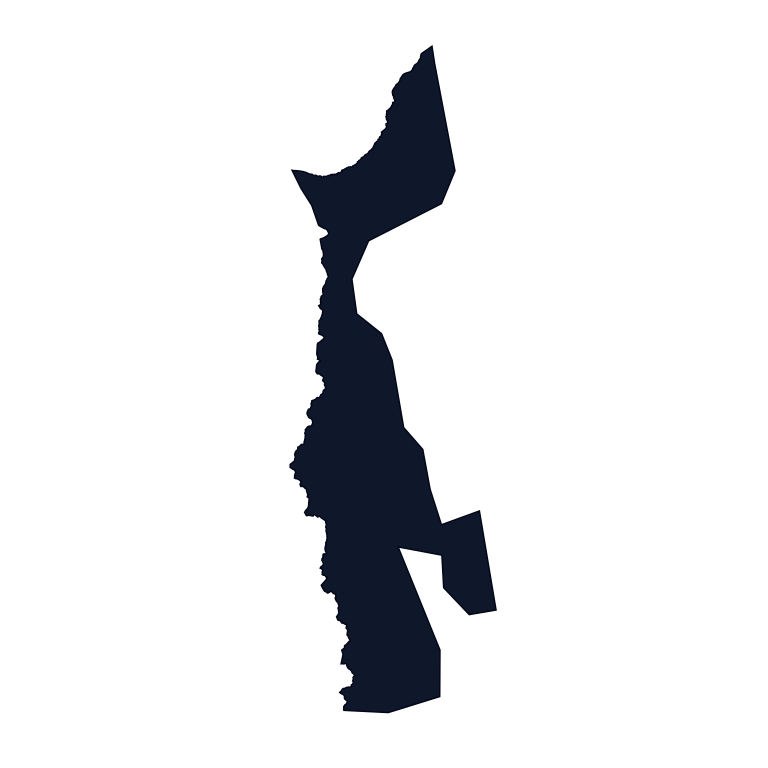 the district of Tup, Ysyk-Köl, Kyrgyzstan, rotated 260°
{"feature_id": "92254566B37451543675332", "entity_name": "Tup", "entity_type": "district", "adm_level": 2, "iso_a3": "KGZ", "parent_name": "Kyrgyzstan", "parent_adm1": "Ysyk-Köl", "projection": "orthographic", "projection_center": [78.601, 42.71], "detail": "fine", "context": "isolated", "style": "filled", "palette": "ink", "viewbox_px": 768, "rotation_deg": 260, "n_neighbors": 0, "source": "geoboundaries", "source_scale": "gbopen_adm2", "svg_char_len": 6114}
<svg xmlns="http://www.w3.org/2000/svg" viewBox="0 0 768 768"><g transform="rotate(260 384 384)"><path d="M708.3,489.9L702.8,478.2L700.7,477.1L698.6,476.6L697.2,475.1L694.3,473.0L692.7,469.5L691.9,468.8L690.8,468.3L690.0,467.2L688.5,466.6L686.9,464.3L686.4,459.7L685.9,457.6L685.2,456.3L681.6,452.9L680.4,452.5L679.1,451.6L677.7,450.1L676.6,447.9L674.4,446.3L673.7,445.3L672.1,443.9L670.4,442.9L667.7,442.8L666.5,442.9L665.8,443.4L664.2,443.3L660.8,444.0L660.0,443.4L659.7,442.2L659.7,441.4L658.4,441.3L654.7,438.3L653.8,436.7L653.1,436.0L652.7,434.6L652.2,434.0L650.9,433.9L649.0,433.2L648.4,433.5L647.8,433.2L647.2,432.4L646.7,432.4L646.3,432.6L644.1,432.4L643.5,432.6L642.9,433.2L641.8,433.0L640.9,433.2L640.0,432.4L640.0,431.3L638.3,430.9L637.6,431.3L636.1,430.9L634.9,429.6L632.4,425.2L631.2,425.3L630.2,424.9L629.7,425.4L629.4,425.4L629.0,424.2L628.3,424.0L628.1,422.8L626.1,421.5L625.9,420.6L625.0,420.6L624.4,420.0L624.2,419.1L623.2,418.1L623.0,417.3L622.3,416.6L621.7,416.7L621.0,415.7L620.2,415.5L619.3,414.5L618.1,414.0L617.4,412.5L616.4,411.5L616.2,410.5L615.4,409.5L614.1,408.4L613.3,407.3L613.3,406.4L612.8,405.0L611.3,403.5L610.8,401.2L609.7,400.5L608.7,399.2L608.4,398.1L607.6,397.5L607.4,396.5L606.1,396.1L604.8,393.4L604.2,391.2L603.6,390.8L603.3,389.3L603.7,388.7L603.3,387.8L603.9,387.0L603.4,386.5L603.6,385.7L603.4,385.3L603.3,384.7L602.8,384.0L602.6,382.7L602.0,381.7L601.9,380.1L601.6,379.5L600.2,379.1L599.9,377.7L599.4,376.7L600.0,376.1L599.9,375.5L599.2,374.6L599.2,373.7L598.8,373.0L598.8,372.3L599.2,371.9L598.6,371.1L598.6,370.6L599.2,370.5L599.4,370.1L599.0,369.7L599.1,368.9L599.5,368.5L599.5,368.0L598.9,367.5L599.0,365.1L598.5,364.9L598.6,362.0L599.0,360.8L598.5,360.1L598.4,358.4L599.3,358.4L600.1,356.9L599.8,356.1L600.5,354.1L601.1,353.6L601.5,352.5L601.6,350.7L603.0,349.6L603.7,347.0L605.7,344.3L607.4,340.8L608.6,337.2L609.4,334.5L609.7,332.6L610.4,330.6L590.9,336.3L572.3,343.9L551.5,347.2L547.6,352.1L546.4,354.4L542.1,355.9L540.2,354.5L538.4,350.1L537.8,346.5L537.6,346.3L527.6,346.3L526.8,347.0L522.5,347.0L520.4,346.5L519.2,345.8L518.3,344.5L517.4,344.3L515.8,344.4L514.5,343.8L513.6,343.9L512.6,344.7L510.9,345.1L506.8,346.9L505.3,346.9L502.9,347.5L501.3,347.4L499.3,348.1L497.8,346.5L496.4,345.7L495.3,344.7L494.4,344.6L492.9,343.9L490.6,341.6L488.5,340.2L485.5,339.7L482.6,339.8L481.2,337.4L479.0,336.5L478.5,335.9L477.2,336.2L475.2,335.6L474.0,335.8L472.9,334.8L472.5,333.3L469.5,334.5L467.5,336.3L466.8,336.6L463.8,335.5L460.9,334.0L458.3,332.2L457.5,331.0L454.7,330.7L452.4,329.8L450.8,329.9L448.6,329.4L447.3,329.7L445.8,328.5L445.2,328.4L444.4,328.8L442.9,331.4L441.7,332.5L439.8,333.5L436.8,328.6L436.1,327.1L435.7,325.9L434.7,325.3L426.1,323.2L424.4,323.0L423.5,323.3L421.1,323.4L420.1,322.8L418.2,325.4L417.9,325.4L416.6,323.0L414.8,321.1L408.0,319.1L405.9,319.9L405.5,320.3L405.4,322.1L403.8,323.2L401.7,325.6L400.7,325.6L397.9,324.2L396.8,325.3L396.1,325.5L394.8,325.7L393.4,325.2L391.6,325.8L389.2,325.5L388.2,323.2L385.3,322.1L384.3,319.8L382.6,318.8L381.9,317.9L381.8,317.2L382.2,316.3L382.2,316.0L381.8,315.0L381.0,314.3L380.7,313.5L380.0,310.0L378.5,309.6L377.7,309.2L377.3,308.7L375.9,308.9L373.1,307.7L372.3,306.7L372.3,305.3L370.0,303.7L368.1,303.0L364.5,304.0L363.5,304.7L362.8,306.0L360.9,307.1L358.1,307.1L356.0,305.8L355.2,304.7L355.5,302.8L354.9,301.1L352.5,298.5L350.9,298.5L349.3,297.4L348.0,297.8L344.3,296.9L340.2,295.1L339.0,295.1L338.8,295.0L338.6,293.5L338.8,292.0L337.1,289.8L336.7,288.2L334.0,287.5L333.7,286.2L331.7,284.5L331.2,284.6L330.2,283.8L326.9,284.0L325.7,283.1L324.3,282.7L323.4,282.1L323.2,281.3L322.2,279.8L321.2,277.7L318.1,277.1L317.1,278.4L315.8,279.4L315.4,280.5L313.6,281.5L312.2,281.6L309.7,280.2L306.9,279.5L306.1,280.7L305.6,282.3L304.6,283.6L302.8,285.1L301.2,285.0L300.4,284.5L300.0,283.9L297.7,284.2L297.5,284.4L297.3,286.2L297.0,286.8L295.4,287.8L294.5,288.9L292.9,289.4L291.7,289.2L289.8,289.6L287.6,289.6L286.2,288.8L284.5,290.4L283.8,290.4L279.7,289.1L277.6,288.7L276.1,288.1L274.3,286.7L273.1,285.0L271.3,283.5L268.0,284.7L267.8,284.9L267.7,285.4L267.8,287.2L266.3,291.2L267.6,292.5L267.6,292.9L265.3,295.0L264.6,295.4L264.8,296.7L264.6,298.1L263.1,299.0L259.6,302.6L259.0,302.8L257.6,302.6L256.1,302.9L255.0,302.6L253.0,301.7L251.2,302.2L249.7,301.4L247.3,301.6L244.8,301.6L242.9,301.2L241.7,301.4L240.8,300.6L239.8,300.6L237.9,299.1L236.5,299.0L232.5,297.4L230.2,297.2L227.6,297.9L226.8,297.4L227.1,295.4L226.9,294.6L226.4,294.3L223.6,293.7L222.6,292.6L221.2,292.2L219.3,292.9L218.1,293.0L217.7,293.3L216.9,293.0L215.7,291.7L214.8,290.0L213.7,289.2L212.7,290.6L211.3,291.4L210.1,290.7L207.1,290.1L206.3,290.9L205.9,292.7L204.4,293.1L204.1,293.5L204.0,294.3L201.5,293.3L196.7,287.3L194.3,287.9L190.4,289.4L189.1,291.2L188.1,291.8L187.9,292.5L189.3,296.3L187.8,296.9L186.4,297.9L186.0,298.6L185.8,299.5L185.0,299.7L183.0,299.8L182.0,298.9L180.8,298.8L178.0,299.6L176.7,300.9L175.3,300.7L173.6,301.2L171.2,299.8L169.2,300.0L166.0,299.6L165.0,299.0L163.1,296.9L159.5,297.6L159.1,298.2L159.1,299.2L158.9,299.5L155.8,301.1L155.7,302.1L155.3,302.6L153.3,305.2L152.8,305.4L150.2,304.3L149.0,305.2L147.7,305.5L143.7,304.1L143.0,304.1L142.0,304.9L140.2,305.1L137.3,306.3L136.7,305.5L136.7,306.4L136.6,304.9L133.8,301.4L133.4,300.2L132.9,299.7L130.8,299.2L129.4,296.3L128.8,296.2L125.0,296.8L115.9,293.2L115.8,294.6L115.3,295.7L115.6,297.7L114.8,298.5L113.7,298.4L110.9,299.0L109.2,300.2L108.1,301.7L104.8,302.7L103.6,304.0L101.8,304.3L100.5,302.6L98.8,302.5L96.9,301.6L96.0,302.1L95.3,301.9L93.9,301.0L93.3,299.6L91.5,299.0L91.2,297.7L91.7,296.7L91.6,295.5L91.7,294.5L91.0,292.1L91.2,291.0L90.6,289.9L88.8,288.4L88.6,287.6L87.8,286.8L86.0,288.8L85.5,289.7L84.0,290.8L83.6,290.9L81.8,290.5L80.6,290.7L79.5,291.5L78.3,292.9L77.0,292.4L75.1,290.9L74.8,289.8L73.5,288.5L70.5,287.7L69.6,287.8L59.7,331.2L66.5,384.6L112.3,392.9L221.1,369.6L205.4,411.3L173.0,407.4L142.1,427.9L142.0,455.1L242.4,455.9L235.4,416.1L272.4,411.1L312.8,410.8L337.7,395.8L406.1,396.1L434.0,390.3L457.8,369.3L492.9,370.6L527.7,393.7L551.7,471.9L581.7,490.9L691.0,489.5L708.3,489.9Z" fill="#0f172a" stroke="#020617" stroke-width="1.5"/></g></svg>